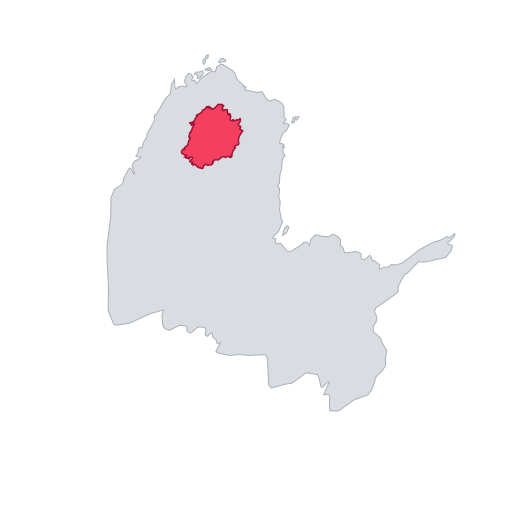 Finland, with Pirkanmaa highlighted, rotated 129°
{"feature_id": "FIN-3186", "entity_name": "Pirkanmaa", "entity_type": "Region", "adm_level": 1, "iso_a3": "FIN", "parent_name": "Finland", "parent_adm1": "", "projection": "robinson", "projection_center": [23.692, 61.717], "detail": "fine", "context": "in_parent", "style": "filled", "palette": "rose", "viewbox_px": 512, "rotation_deg": 129, "n_neighbors": 0, "source": "natural_earth", "source_scale": "10m", "svg_char_len": 7671}
<svg xmlns="http://www.w3.org/2000/svg" viewBox="0 0 512 512"><g transform="rotate(129 256 256)"><path d="M201.9,223.1L199.1,217.0L195.5,211.7L191.4,210.3L190.1,208.2L189.5,204.0L190.2,200.6L194.4,197.4L195.1,193.1L197.5,189.6L196.3,187.4L189.5,181.1L188.6,179.0L188.2,175.5L192.0,172.4L191.0,169.3L183.9,168.0L184.2,166.1L186.1,162.9L185.1,160.2L185.1,154.2L188.6,151.6L184.4,149.5L180.5,145.7L177.1,145.5L175.0,141.5L168.9,137.8L147.5,132.7L134.3,127.1L127.3,122.5L120.8,119.9L120.2,117.4L113.5,115.5L114.8,114.4L120.2,114.4L124.5,115.4L126.1,114.1L124.3,110.5L124.7,109.6L129.7,107.6L137.8,107.6L155.2,121.6L157.9,126.1L174.4,127.6L176.2,128.7L180.7,128.4L190.3,126.3L194.0,123.2L197.5,123.5L221.2,130.3L224.8,128.8L226.9,124.6L228.8,122.7L231.5,121.3L236.9,120.5L241.1,117.1L241.4,107.3L243.5,104.6L247.3,95.0L254.5,90.7L259.8,86.3L265.0,85.7L274.6,86.6L285.9,82.1L293.2,81.5L306.4,89.4L324.6,94.4L329.7,101.0L327.5,103.6L318.1,110.9L317.8,112.8L321.3,116.0L307.7,119.9L308.7,121.0L316.0,121.5L316.9,123.0L309.8,132.1L309.6,133.8L315.4,143.7L332.2,148.0L337.0,152.4L349.1,161.1L348.1,165.1L331.2,180.1L327.4,184.3L327.0,186.9L337.7,198.9L343.4,207.4L349.7,213.6L355.0,223.7L355.4,227.2L345.7,229.1L348.5,231.0L346.3,234.2L346.2,238.7L343.5,241.6L344.1,242.5L348.9,243.1L349.4,245.1L349.0,246.3L344.3,248.6L343.9,251.0L346.6,255.3L348.8,256.7L356.5,258.1L357.5,259.2L357.9,262.3L354.5,265.3L354.6,266.5L358.1,272.0L368.2,276.5L369.5,279.9L369.5,282.1L369.1,284.1L361.7,291.6L356.1,294.0L367.7,302.1L388.5,312.4L397.7,321.2L398.5,323.6L392.6,334.7L390.1,337.7L374.2,350.0L351.6,370.3L340.2,379.3L317.9,392.9L301.7,405.5L292.6,408.0L285.6,405.3L282.1,405.9L278.7,407.8L267.4,409.8L267.0,407.8L269.2,402.3L268.2,402.4L266.2,405.0L265.2,407.9L263.1,409.4L258.4,410.0L253.8,407.6L251.6,407.7L254.0,411.2L253.9,412.3L251.4,412.1L246.3,414.9L245.2,414.9L243.5,412.6L238.1,415.1L232.9,415.5L229.9,417.4L214.8,420.2L210.5,423.5L207.7,422.7L190.7,425.4L183.7,424.7L175.9,429.8L170.0,430.5L176.1,425.2L176.4,423.4L173.2,422.6L170.8,420.8L168.6,416.9L167.4,416.7L165.3,421.5L161.3,423.2L156.3,423.2L155.6,421.1L156.5,419.1L155.8,418.7L156.5,417.2L159.1,417.0L159.8,416.2L159.8,415.3L157.7,414.4L159.7,410.9L150.8,410.2L139.9,406.6L138.6,403.5L133.3,405.7L128.5,403.4L127.9,402.0L126.7,390.5L127.2,387.3L130.0,383.4L131.0,379.5L131.0,372.5L132.5,372.5L130.8,370.1L133.3,369.5L133.7,368.7L127.9,357.5L124.5,354.8L127.3,346.7L127.1,344.8L126.6,342.5L122.4,340.1L120.9,332.8L122.0,328.7L130.5,321.4L131.0,318.5L135.7,318.3L133.6,315.7L133.0,312.5L139.8,311.3L142.3,312.3L148.3,311.1L153.6,308.8L151.6,304.4L154.3,304.2L153.4,303.2L153.6,302.1L155.7,302.5L159.2,299.4L159.3,297.1L165.2,295.8L172.1,291.0L178.2,288.4L184.7,283.6L187.5,283.4L188.9,280.1L196.0,275.2L198.6,271.3L205.3,266.8L211.8,259.0L212.5,256.9L222.5,254.0L231.5,254.8L231.3,252.8L229.9,251.6L233.7,249.6L232.8,246.6L230.6,245.2L232.8,234.0L230.0,231.7L219.6,227.9L215.3,227.6L212.9,224.7L214.1,221.3L208.3,223.9L201.9,223.1ZM147.2,411.8L153.4,411.8L155.1,413.6L152.3,414.8L152.1,416.2L153.5,418.4L150.7,418.4L148.9,415.9L145.8,414.2L147.2,411.8ZM220.0,250.2L216.1,251.4L213.0,250.7L212.9,248.5L218.4,247.0L223.9,248.6L221.1,249.0L220.0,250.2ZM124.9,310.0L124.6,311.9L128.3,310.5L129.8,311.1L129.6,312.8L128.3,312.4L125.2,314.3L122.5,312.7L120.8,310.0L124.9,310.0ZM128.9,405.7L128.5,407.4L124.8,407.5L123.3,405.9L122.5,403.2L124.0,402.0L124.9,403.4L128.9,405.7ZM143.6,412.5L141.6,412.6L138.8,410.9L138.5,410.2L139.6,409.8L139.1,407.8L141.3,408.9L142.4,410.2L141.3,410.5L143.6,412.5ZM139.1,419.3L136.4,420.5L135.3,420.2L135.6,418.2L137.3,417.3L140.0,417.2L139.1,419.3ZM133.5,420.4L131.1,420.8L129.6,419.8L131.9,418.2L133.7,418.3L134.1,419.3L133.5,420.4Z" fill="#d9dde1" stroke="#a8b0b8" stroke-width="1"/><path d="M198.7,341.8L198.8,343.0L199.1,343.7L199.6,344.2L200.2,344.5L201.4,345.0L202.6,345.3L204.7,345.6L205.7,346.5L206.0,347.3L207.1,348.4L207.9,348.7L208.3,349.0L209.3,349.1L210.1,348.9L209.7,348.4L210.2,348.2L211.6,347.8L212.4,347.8L213.3,348.2L214.0,348.8L214.5,349.5L215.1,350.1L215.6,350.3L216.1,350.7L216.1,351.0L216.0,351.6L216.1,352.2L216.1,352.4L216.6,352.8L218.1,353.3L218.9,353.3L221.5,352.5L222.0,353.1L222.2,353.8L223.4,356.2L223.6,357.4L223.5,359.0L223.2,360.4L223.4,361.4L224.0,361.8L224.6,361.9L224.3,362.1L224.2,362.1L224.3,362.4L224.9,363.3L225.0,363.8L224.7,364.1L224.2,364.0L224.1,363.8L223.6,363.7L223.3,364.0L223.0,364.6L223.2,365.1L223.6,365.5L224.2,366.1L224.3,366.5L224.1,366.6L224.0,366.8L224.0,367.1L223.4,367.3L221.7,366.7L220.6,366.6L219.7,367.1L219.5,367.9L219.8,368.5L220.4,369.2L220.6,369.5L221.2,369.4L221.8,369.0L222.7,369.1L222.8,369.8L222.4,370.2L222.5,370.4L223.1,370.5L223.5,371.3L223.6,372.4L224.1,373.5L221.7,372.8L221.4,373.1L221.6,373.5L222.0,374.2L222.4,374.7L222.6,375.1L222.6,375.9L222.5,376.7L222.6,377.5L223.0,378.1L222.7,378.3L222.4,378.6L222.3,378.9L222.3,379.1L222.1,379.4L220.0,380.0L219.3,380.0L218.9,379.7L218.3,378.7L218.1,378.5L217.8,379.0L217.5,379.5L216.8,379.8L216.0,379.6L214.0,379.1L213.1,379.0L212.2,379.2L208.5,380.8L207.5,381.0L205.8,381.1L205.5,381.3L205.4,381.8L205.7,382.2L206.0,382.5L205.9,382.9L204.4,383.8L203.3,384.2L201.9,384.5L202.0,384.6L202.0,385.0L200.7,384.9L199.1,385.1L196.4,386.1L192.8,386.7L192.3,387.0L191.9,387.4L192.8,387.5L193.0,387.7L192.9,387.8L192.8,388.2L192.7,388.4L193.0,388.4L194.3,388.1L194.6,388.1L195.0,388.4L194.8,388.7L194.3,389.0L193.5,389.4L193.6,389.5L193.8,389.7L194.2,390.0L194.5,390.5L194.6,390.8L194.3,391.2L193.8,391.1L192.3,389.6L190.8,389.3L190.3,389.1L189.1,389.2L187.0,389.8L184.0,389.8L183.6,390.0L183.9,390.6L183.0,390.4L180.4,389.1L178.6,388.7L176.5,389.3L175.8,389.1L175.2,388.6L174.5,388.2L173.3,388.2L172.1,388.3L171.4,388.3L171.0,388.2L170.4,387.8L170.3,387.3L170.5,387.1L170.9,386.9L171.2,386.9L171.2,386.6L170.9,386.5L169.6,386.6L169.3,386.6L169.1,386.3L169.3,386.1L169.7,385.8L170.3,385.4L170.2,385.2L169.9,385.0L169.4,384.6L169.1,384.0L169.0,383.6L169.1,383.2L169.8,383.2L169.6,382.5L169.1,382.0L167.6,381.3L164.3,380.9L162.6,380.9L162.1,380.8L161.7,380.6L161.6,380.3L161.6,380.0L161.4,379.7L159.9,378.3L159.7,378.0L159.6,377.7L160.2,377.5L160.1,377.3L160.0,377.0L159.5,375.8L159.7,375.6L160.5,375.6L161.2,375.8L161.5,375.7L161.8,375.3L162.0,375.3L162.2,375.2L162.4,375.1L162.4,374.8L162.3,374.7L162.5,374.5L163.8,374.3L163.9,374.1L163.8,373.9L163.7,373.6L163.7,373.2L163.8,372.9L163.2,372.6L162.4,372.5L161.6,371.9L160.5,370.8L160.5,370.1L162.2,369.0L162.8,368.2L162.7,367.6L162.8,367.4L163.3,367.3L163.8,366.8L163.7,366.1L163.3,365.8L162.8,366.1L162.6,366.4L162.3,366.5L162.1,366.2L162.0,365.8L162.0,365.5L162.2,365.4L162.6,364.7L163.1,363.8L163.6,363.3L164.2,363.0L165.2,362.7L166.1,362.1L166.5,361.5L166.6,360.7L165.7,360.0L165.1,359.7L164.4,359.6L164.4,359.4L164.6,359.2L165.5,359.1L165.5,358.8L164.7,358.5L164.4,358.2L164.3,357.9L163.9,357.4L163.5,357.4L162.8,357.1L162.3,356.7L162.1,356.2L161.7,355.6L159.3,354.8L159.3,354.4L160.4,353.5L161.3,353.1L162.4,352.8L164.1,352.7L164.7,352.5L165.3,352.1L165.3,351.7L165.3,351.1L165.3,350.7L165.1,350.2L165.1,349.7L165.2,349.2L165.7,348.9L166.7,348.9L167.3,348.8L167.5,348.5L167.1,346.0L167.1,345.0L169.9,344.9L173.0,344.4L175.9,343.4L177.9,341.9L179.1,340.3L179.9,339.9L181.0,339.9L181.3,340.2L182.1,341.0L182.7,341.3L184.6,341.4L184.9,341.5L185.2,341.4L185.1,340.8L185.0,340.4L184.9,340.2L185.6,340.1L189.0,340.0L190.1,339.6L191.6,338.8L192.4,338.5L192.9,338.4L193.3,338.1L193.2,337.9L193.3,337.7L193.5,337.6L193.9,337.5L193.8,338.4L194.1,338.4L194.3,338.2L194.7,337.9L195.1,337.7L195.5,337.8L195.7,338.1L195.7,338.5L195.6,338.8L195.6,339.2L196.1,340.3L196.8,340.9L198.7,341.8Z" fill="#f43f5e" stroke="#9f1239" stroke-width="1.5"/></g></svg>